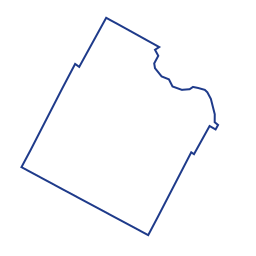 the district of Clark, Illinois, United States of America, rotated 299°
{"feature_id": "52423323B65580501583710", "entity_name": "Clark", "entity_type": "district", "adm_level": 2, "iso_a3": "USA", "parent_name": "United States of America", "parent_adm1": "Illinois", "projection": "equal_earth", "projection_center": [-87.661, 39.322], "detail": "fine", "context": "isolated", "style": "outline", "palette": "blue", "viewbox_px": 256, "rotation_deg": 299, "n_neighbors": 0, "source": "geoboundaries", "source_scale": "gbopen_adm2", "svg_char_len": 629}
<svg xmlns="http://www.w3.org/2000/svg" viewBox="0 0 256 256"><g transform="rotate(299 128 128)"><path d="M44.1,197.6L64.6,197.2L137.4,195.1L137.1,198.4L169.3,198.4L169.2,205.3L174.3,205.3L175.1,201.0L182.1,197.2L193.6,186.4L197.7,180.1L198.6,176.7L197.0,169.9L195.4,164.9L191.8,163.1L188.1,157.5L187.5,156.7L185.9,146.8L190.4,140.2L190.2,138.7L189.4,132.4L193.4,122.6L197.2,119.6L205.8,119.5L209.5,113.7L213.9,116.0L213.9,102.1L213.9,74.4L213.9,73.9L213.9,68.4L213.8,60.6L213.8,59.1L213.8,55.5L157.8,55.7L158.4,50.7L130.9,51.3L61.3,53.5L42.1,53.8L42.7,101.5L44.1,197.6Z" fill="none" stroke="#1e3a8a" stroke-width="2"/></g></svg>